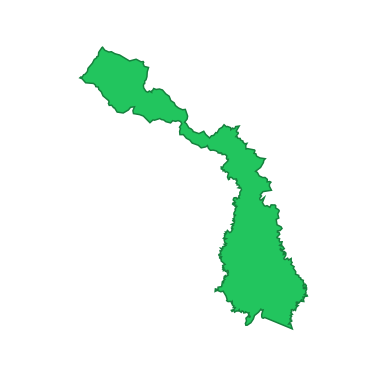 the district of Simacota, Santander, Colombia, rotated 198°
{"feature_id": "7082276B23546148362682", "entity_name": "Simacota", "entity_type": "district", "adm_level": 2, "iso_a3": "COL", "parent_name": "Colombia", "parent_adm1": "Santander", "projection": "mercator", "projection_center": [-73.674, 6.657], "detail": "fine", "context": "isolated", "style": "filled", "palette": "green", "viewbox_px": 384, "rotation_deg": 198, "n_neighbors": 0, "source": "geoboundaries", "source_scale": "gbopen_adm2", "svg_char_len": 6006}
<svg xmlns="http://www.w3.org/2000/svg" viewBox="0 0 384 384"><g transform="rotate(198 192 192)"><path d="M54.3,92.8L57.4,97.1L59.3,96.3L58.7,98.3L57.2,100.0L57.8,101.0L59.0,100.7L59.6,101.8L58.9,102.4L59.3,103.3L58.9,104.5L60.3,105.1L58.7,106.7L60.7,107.7L60.2,108.9L61.1,110.6L60.4,111.2L58.7,110.7L58.1,112.0L57.0,111.5L57.2,114.5L55.9,116.8L57.2,116.8L58.3,115.8L57.2,118.4L58.6,118.7L58.7,119.5L57.1,120.0L56.1,119.3L54.3,123.9L54.2,121.9L51.8,122.4L53.8,126.2L52.6,126.1L52.8,127.2L50.1,128.7L50.8,129.5L53.4,129.2L52.3,131.1L53.3,132.9L52.9,134.8L53.4,136.1L55.5,134.6L56.5,135.0L56.5,136.0L54.2,136.4L54.3,138.2L55.7,139.3L57.4,137.7L57.3,139.7L58.6,141.0L58.8,142.4L61.6,142.5L61.8,143.7L64.3,144.3L64.7,145.7L68.1,145.8L68.8,148.4L72.1,150.7L71.8,152.5L75.6,153.7L75.0,156.0L76.3,156.7L77.1,159.4L79.1,157.2L80.6,158.6L82.6,156.5L83.5,156.5L84.1,157.2L83.3,160.8L83.8,162.9L85.1,163.6L84.9,161.4L85.8,160.7L86.5,163.7L89.1,163.7L90.3,164.4L90.4,165.5L88.1,164.7L86.7,166.6L88.8,168.2L92.2,168.3L91.8,169.1L90.0,169.0L90.8,170.1L90.9,172.5L93.2,171.6L94.1,172.7L94.3,174.7L96.8,174.6L97.3,175.2L95.5,178.9L96.6,180.3L98.4,180.2L98.7,181.4L96.4,182.5L95.1,185.1L96.5,186.4L101.0,187.1L103.5,192.0L101.4,194.1L103.7,197.6L103.2,201.0L104.2,201.9L107.6,202.7L108.1,204.8L109.1,205.3L112.8,204.2L113.2,201.5L116.4,202.2L117.8,201.2L119.1,201.3L121.8,203.7L121.5,209.3L123.9,205.5L125.0,205.7L125.7,207.0L124.7,209.7L126.2,210.4L124.6,214.3L117.0,218.2L120.2,221.4L120.8,223.6L120.0,225.7L121.3,226.0L123.7,224.9L124.3,227.3L127.0,228.4L129.2,227.6L133.1,228.1L135.9,230.8L138.0,231.3L134.4,236.5L133.2,242.0L133.5,244.2L132.6,246.3L137.9,245.4L141.6,246.0L143.1,248.1L145.0,247.9L144.9,250.7L145.5,251.3L152.7,250.4L153.9,249.6L155.3,252.8L154.8,255.2L156.8,254.1L159.2,255.4L159.2,256.1L161.9,256.5L162.7,257.8L165.0,257.2L166.0,258.4L167.4,258.2L166.1,262.0L166.6,262.9L168.2,262.8L168.7,263.6L167.5,269.3L170.7,267.7L170.9,265.8L172.1,265.0L173.0,265.4L174.3,263.2L175.1,265.1L178.5,265.3L179.6,264.7L182.3,265.9L183.4,262.8L185.6,260.4L186.4,256.0L187.7,255.9L188.9,252.5L190.9,251.5L192.0,248.8L196.8,251.0L199.6,253.4L203.4,249.7L209.7,249.8L210.3,250.8L212.5,251.8L214.8,252.0L218.5,255.3L220.6,256.0L219.2,259.9L219.6,262.8L223.9,268.5L226.4,267.3L230.8,267.7L234.5,269.1L236.5,271.3L240.4,272.4L243.3,276.0L247.2,277.2L251.6,279.9L254.8,279.9L257.8,278.4L260.4,278.6L260.9,276.2L261.7,275.5L261.2,274.3L263.8,274.9L264.9,273.2L266.9,273.5L270.1,276.1L271.1,278.1L271.3,279.8L270.5,280.5L271.3,283.1L270.4,284.5L270.5,287.8L271.7,292.4L271.8,297.0L276.2,296.7L278.2,299.0L278.0,300.4L278.7,301.0L280.8,300.1L286.2,301.0L291.9,297.3L303.1,299.9L308.1,299.7L312.0,300.5L314.4,299.4L318.8,299.9L321.8,302.1L322.3,301.5L323.9,296.0L323.1,292.3L324.3,291.3L324.2,290.1L325.9,287.9L326.5,283.8L329.1,277.5L328.7,274.3L330.1,270.9L331.3,270.0L331.9,267.3L333.2,267.1L333.9,265.9L331.6,265.8L326.9,263.0L319.2,264.8L317.0,263.9L316.1,262.5L313.5,262.8L312.4,260.8L309.3,259.3L306.3,255.9L299.6,253.2L298.6,251.9L298.9,250.5L297.5,248.8L295.2,249.7L292.6,247.9L291.7,248.1L287.9,244.9L281.8,245.9L277.8,250.4L276.6,253.6L273.0,255.3L273.3,251.0L271.9,248.5L265.8,249.4L261.7,249.2L253.4,244.9L251.4,248.5L249.8,248.7L245.2,252.0L243.5,251.4L241.3,251.8L238.5,250.8L233.7,251.1L232.4,253.9L229.5,254.1L227.3,255.6L224.6,255.5L222.8,253.7L223.9,249.7L222.6,248.8L222.5,245.8L221.2,242.8L217.9,243.9L214.0,241.4L210.1,240.7L207.0,238.6L200.4,238.4L196.9,236.8L192.8,239.2L191.7,240.9L189.8,238.6L187.4,237.3L184.8,238.4L181.9,238.6L179.8,238.0L179.1,237.2L178.5,237.8L177.2,237.4L176.7,238.3L175.6,238.0L175.0,236.9L172.2,238.0L170.1,237.2L169.6,234.5L168.6,233.8L167.6,234.3L167.5,232.6L170.2,227.4L170.2,225.2L171.6,224.9L171.0,224.4L171.7,224.1L171.3,223.0L169.7,222.9L168.9,221.7L168.2,222.9L166.4,221.2L165.4,222.0L163.1,221.4L162.9,217.2L161.1,215.1L160.3,215.9L160.8,217.5L160.0,217.9L158.8,218.1L156.6,217.0L153.9,218.1L153.7,216.9L152.7,217.0L152.5,216.3L152.8,214.1L151.8,213.9L151.2,212.6L150.0,213.2L149.0,212.7L148.7,211.0L149.3,210.3L147.9,210.4L147.2,211.3L145.6,209.4L146.4,206.5L145.5,203.9L146.3,202.6L145.2,201.0L146.2,200.8L147.0,199.2L148.3,200.3L150.2,199.5L150.5,197.7L150.1,196.9L148.5,196.6L148.6,195.6L147.5,195.3L148.1,194.2L149.5,194.3L149.7,193.1L148.4,192.5L146.4,192.9L146.5,191.7L144.9,192.1L145.8,189.0L145.0,188.3L145.6,184.9L145.2,183.6L143.5,183.4L143.9,182.5L144.7,183.1L143.8,180.1L144.6,179.2L143.4,178.6L144.4,177.5L143.7,177.0L142.6,177.5L142.2,175.6L144.4,173.4L142.3,173.3L143.3,171.2L142.0,169.8L143.1,169.6L142.0,168.2L142.5,166.2L143.5,165.0L146.5,166.4L146.7,164.7L147.7,164.3L146.7,163.6L148.1,162.4L147.0,161.8L147.7,160.9L147.0,159.1L147.7,157.8L145.1,158.1L146.7,156.5L145.2,154.2L143.3,153.5L145.2,152.3L143.3,151.7L144.4,150.5L143.5,150.4L144.8,150.3L145.8,149.4L145.3,147.8L147.4,147.4L145.6,146.2L145.8,145.0L147.1,144.8L145.4,141.8L146.8,141.4L147.1,140.5L146.5,139.8L143.8,139.7L143.9,138.6L145.3,139.0L145.4,137.9L143.3,136.8L143.0,135.5L138.2,133.4L140.1,131.6L138.7,130.1L140.1,130.3L138.6,129.2L139.0,128.1L138.0,127.8L137.8,127.0L136.8,128.1L135.8,126.9L134.5,127.1L134.2,128.3L133.5,128.4L132.5,126.5L133.4,126.0L131.9,124.2L134.2,121.2L134.4,122.7L135.2,121.7L134.9,119.5L133.8,119.0L134.5,118.0L134.2,116.2L134.9,116.9L135.4,116.2L134.6,111.2L137.8,109.5L137.1,107.2L139.8,107.1L139.3,104.6L137.5,106.3L133.8,106.0L131.7,107.3L127.4,103.5L125.4,100.7L125.5,99.4L123.8,98.9L121.2,100.0L120.1,98.7L119.8,99.9L118.6,97.0L117.0,96.6L117.1,94.8L115.2,95.4L115.7,93.3L118.0,91.6L117.0,90.8L115.6,92.5L114.4,90.9L112.9,92.6L111.2,93.1L110.8,94.6L109.9,93.4L108.0,92.8L107.6,94.4L106.3,94.2L105.4,93.0L104.0,93.7L104.0,94.6L101.4,94.2L100.5,94.7L100.2,92.3L99.2,92.5L98.1,91.3L98.4,90.8L100.3,91.1L101.7,88.7L100.3,86.1L100.6,83.5L99.6,81.9L98.3,82.4L95.6,85.9L94.4,90.2L94.4,93.8L91.6,98.2L90.3,101.8L89.6,101.1L88.0,101.9L87.9,97.1L87.1,94.8L86.2,94.0L85.2,94.0L84.0,95.1L54.3,92.8Z" fill="#22c55e" stroke="#15803d" stroke-width="1.5"/></g></svg>